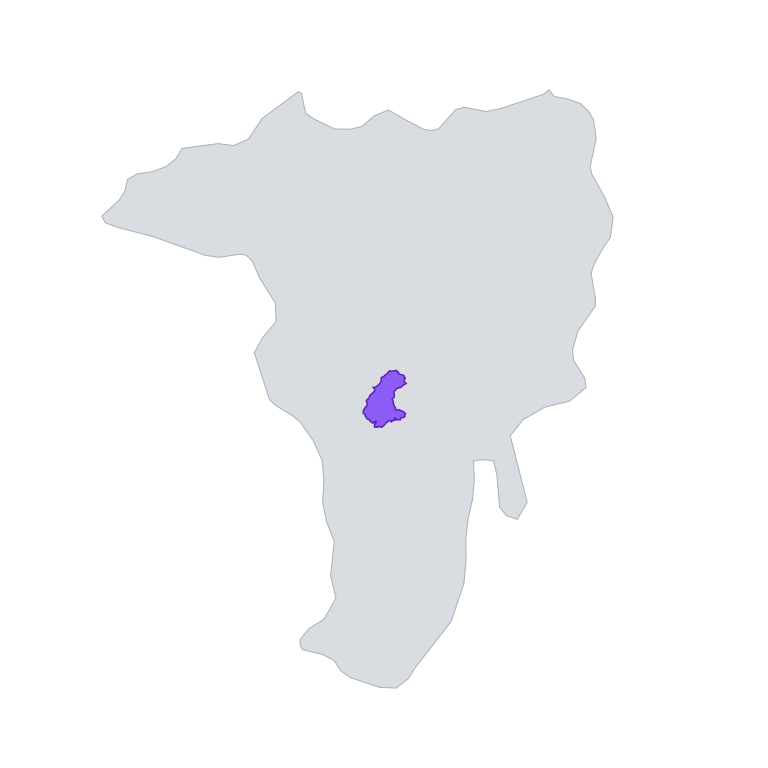 location of Yamasá, Monte Plata, Dominican Republic, rotated 81°
{"feature_id": "3306468B37411515289314", "entity_name": "Yamasá", "entity_type": "district", "adm_level": 2, "iso_a3": "DOM", "parent_name": "Dominican Republic", "parent_adm1": "Monte Plata", "projection": "equal_earth", "projection_center": [-70.05, 18.766], "detail": "fine", "context": "in_parent", "style": "filled", "palette": "violet", "viewbox_px": 768, "rotation_deg": 81, "n_neighbors": 0, "source": "geoboundaries", "source_scale": "gbopen_adm2", "svg_char_len": 6901}
<svg xmlns="http://www.w3.org/2000/svg" viewBox="0 0 768 768"><g transform="rotate(81 384 384)"><path d="M119.7,546.7L120.6,510.2L125.0,495.3L121.0,479.7L102.8,463.0L91.7,441.7L81.8,422.8L84.1,420.0L104.0,419.1L111.0,412.2L124.4,392.8L127.1,377.2L126.1,365.5L117.4,351.4L114.1,336.5L124.8,323.6L138.9,304.7L140.9,297.5L140.6,290.3L124.3,270.4L123.2,261.8L130.9,240.3L130.2,226.0L122.8,181.4L119.3,174.8L126.5,171.1L131.4,157.8L137.8,146.0L146.2,139.6L155.8,135.7L174.9,136.0L201.3,146.3L208.7,146.1L234.1,136.8L255.1,131.6L274.9,137.5L282.8,145.5L299.2,158.2L307.3,162.1L333.1,161.8L340.2,163.1L361.9,184.1L380.1,192.5L390.7,192.9L409.7,184.8L419.1,185.0L429.9,203.2L432.0,228.9L441.1,252.4L454.9,267.4L523.2,261.1L538.5,273.5L533.2,283.7L523.6,289.1L491.2,286.7L476.9,287.9L474.1,298.1L474.0,307.6L493.1,309.8L511.7,314.6L530.7,322.2L550.0,327.4L571.7,330.7L593.2,336.2L628.9,354.7L668.5,396.9L679.1,406.5L686.2,419.7L682.9,436.0L668.9,462.7L660.9,471.3L649.3,476.5L641.3,487.4L633.6,506.1L628.9,507.7L623.4,506.9L613.8,496.4L607.0,480.1L587.9,464.9L565.2,466.8L531.8,457.8L511.6,462.2L491.4,463.2L470.7,458.6L449.9,457.0L429.1,462.7L409.0,472.5L401.6,478.7L388.6,493.9L381.8,499.5L332.7,507.2L318.6,496.0L305.5,480.8L286.7,478.7L259.3,490.5L242.2,494.8L235.3,499.9L233.2,505.6L233.1,526.9L229.2,539.9L202.4,588.9L187.3,623.4L181.1,634.1L173.9,636.4L160.8,616.6L152.5,609.4L142.1,605.7L137.8,595.2L138.0,580.2L135.3,565.6L128.9,554.2L119.7,546.7Z" fill="#d9dde1" stroke="#a8b0b8" stroke-width="1"/><path d="M372.5,372.3L372.5,373.1L372.5,374.3L372.5,375.0L372.4,375.3L372.3,375.6L371.8,376.4L372.6,377.4L374.1,379.3L374.5,379.8L374.8,380.3L375.0,381.0L375.2,381.3L375.6,381.8L376.4,382.9L376.6,383.2L376.8,383.4L376.8,383.7L376.9,384.0L376.9,384.9L377.0,385.1L377.1,385.3L377.7,385.8L378.0,386.0L378.3,386.0L378.5,386.0L379.8,386.1L380.2,386.1L380.4,386.2L380.9,386.5L381.4,386.9L382.3,387.7L382.9,388.1L383.2,388.5L383.7,389.0L383.9,389.4L384.1,389.7L384.4,390.4L384.5,390.6L384.7,391.0L385.4,391.9L385.5,392.1L385.6,392.4L385.7,392.8L385.8,393.6L385.7,394.4L385.6,395.1L386.0,394.9L386.6,394.8L386.8,394.7L387.2,394.4L387.6,394.3L388.2,394.2L388.9,394.2L389.3,394.2L389.5,394.3L389.8,394.5L390.0,394.8L390.3,395.6L390.6,396.1L390.9,396.5L391.9,397.7L392.2,398.2L392.4,398.6L392.7,399.2L392.9,399.5L393.1,399.8L394.0,400.4L394.8,400.6L395.0,400.7L395.2,400.8L395.8,401.3L396.0,401.5L396.4,402.4L396.6,402.9L396.7,403.1L396.9,403.4L397.1,403.6L397.9,404.1L398.1,404.2L398.4,404.2L398.6,404.1L398.9,403.9L399.1,403.8L399.5,403.7L400.1,403.7L401.0,403.7L401.4,403.7L401.8,403.8L402.1,404.0L402.9,404.8L403.4,405.1L403.6,405.3L403.9,405.7L404.9,406.9L405.2,407.2L405.4,407.4L405.8,407.6L406.4,408.0L406.8,408.3L407.3,408.6L407.5,408.7L407.8,408.8L409.0,408.8L409.3,408.9L409.9,409.1L410.1,408.8L410.3,408.3L410.4,408.1L410.6,407.8L410.8,407.7L411.2,407.6L412.2,407.5L412.6,407.5L412.8,407.4L413.2,407.1L413.4,407.1L413.6,407.0L414.4,406.9L414.6,406.8L415.6,406.2L415.8,406.1L416.0,405.9L416.3,405.4L416.5,405.0L416.7,404.3L416.8,404.1L417.0,403.9L418.2,403.8L418.4,403.8L418.5,403.7L418.9,403.4L419.0,403.2L419.3,402.6L419.5,402.3L419.7,402.2L419.8,402.1L420.3,401.9L420.6,401.6L420.8,401.2L420.9,400.8L420.8,400.6L420.7,400.2L419.9,399.2L419.7,399.0L419.7,398.8L419.6,398.7L419.6,398.4L419.6,398.1L419.6,397.9L419.8,397.7L420.1,397.5L420.3,397.5L420.5,397.8L420.7,398.2L420.8,398.4L421.0,398.5L421.5,398.5L421.6,398.4L421.8,398.5L422.1,399.2L422.3,399.4L422.5,399.5L423.1,399.6L423.3,399.7L423.6,400.0L423.8,400.1L424.1,400.2L424.3,400.2L424.5,400.1L424.8,400.1L424.9,399.9L425.4,399.2L425.3,398.9L425.1,398.4L425.1,398.2L425.2,397.9L425.3,397.8L425.3,397.7L425.6,397.6L425.8,397.4L425.8,397.2L425.7,396.8L425.3,396.1L425.2,395.9L425.1,395.6L425.1,395.3L425.2,395.0L425.3,394.8L425.5,394.4L426.0,393.9L426.2,393.5L426.3,393.3L426.3,393.2L426.3,392.9L426.0,392.4L425.8,391.9L425.3,391.0L424.9,390.6L424.8,390.4L424.6,390.2L424.3,389.7L423.9,389.3L423.8,389.1L423.4,388.5L423.2,388.4L422.7,388.1L422.2,387.1L422.1,386.8L422.0,386.3L421.9,386.1L421.7,385.9L421.3,385.6L421.2,385.5L421.1,385.3L421.0,384.9L421.0,384.3L421.1,383.8L421.1,383.6L421.3,383.4L421.6,383.3L422.1,383.2L422.3,383.2L422.5,382.7L422.5,382.4L422.4,382.2L422.2,382.1L421.8,381.9L421.7,381.8L421.7,381.7L421.6,381.3L421.6,380.9L421.6,379.6L421.5,379.4L421.5,379.2L421.4,379.1L421.1,379.0L420.9,379.1L420.6,379.3L420.4,379.4L420.2,379.5L419.8,379.4L419.7,379.3L419.6,379.2L419.5,378.9L419.5,378.6L419.6,378.2L419.6,377.9L419.8,377.7L420.1,377.6L420.9,377.6L421.1,377.6L421.3,377.5L421.4,377.4L421.5,377.1L421.5,376.7L421.5,376.4L421.3,375.9L421.3,375.6L421.4,375.4L421.6,374.7L421.9,374.0L421.9,373.8L421.9,373.7L421.8,373.4L421.7,373.4L421.4,373.2L420.9,373.2L420.6,373.1L420.4,373.0L420.3,372.8L420.2,372.7L420.1,372.4L420.1,372.1L420.1,371.6L420.1,370.2L420.0,369.7L419.9,369.3L419.7,369.1L419.6,368.9L419.3,368.6L419.2,368.5L418.9,368.5L418.6,368.7L418.3,368.7L418.1,368.6L417.9,368.5L417.7,368.3L417.5,367.8L416.9,367.3L416.5,367.7L416.2,368.0L415.4,368.3L415.2,368.3L414.9,368.6L414.6,368.9L414.3,369.3L413.8,370.0L413.5,370.4L413.3,370.7L413.1,371.3L413.0,371.5L412.8,371.8L412.1,372.8L411.9,373.0L411.8,373.5L411.7,373.8L411.7,375.0L411.7,375.5L411.6,375.8L411.5,376.0L411.3,376.5L411.1,376.7L411.0,376.8L410.9,376.8L410.7,376.8L410.2,376.5L410.0,376.4L409.8,376.4L409.5,376.6L409.3,376.6L408.8,376.5L408.6,376.6L407.9,377.0L407.3,377.4L407.0,377.5L406.7,377.5L405.5,377.5L405.1,377.6L404.9,377.6L404.3,378.0L404.0,378.1L403.8,378.0L403.5,378.0L403.3,377.9L403.1,377.7L402.9,377.6L402.5,377.6L402.3,377.7L401.9,378.0L401.1,378.4L400.9,378.5L400.8,378.4L400.7,378.4L400.2,378.1L399.9,377.9L399.8,377.7L399.6,377.5L399.4,376.9L399.3,376.7L399.0,376.4L398.8,376.3L398.2,376.1L397.5,375.7L397.1,375.6L396.4,375.5L394.5,375.5L394.1,375.5L393.9,375.5L393.6,375.4L393.4,375.3L392.7,374.8L392.5,374.6L392.3,374.3L392.0,373.7L391.8,373.4L391.6,373.1L391.2,372.9L390.9,372.6L390.6,372.3L390.4,372.0L390.3,371.7L390.2,371.4L390.3,371.2L390.4,370.6L390.4,370.4L390.2,370.1L389.9,369.8L389.9,369.7L389.8,369.4L389.8,369.1L390.0,368.7L390.1,368.2L390.0,367.9L389.9,367.7L389.7,367.4L388.7,366.1L388.5,365.8L388.3,365.6L388.2,365.3L388.1,364.9L387.8,364.2L387.6,363.5L386.9,362.0L386.3,362.4L385.4,363.3L385.2,363.5L384.8,363.6L384.4,363.5L384.2,363.4L383.8,363.2L383.6,363.1L383.3,363.1L382.9,363.3L382.7,363.3L382.5,363.1L382.4,363.0L381.7,362.2L381.4,362.0L381.2,362.0L380.8,362.6L380.7,362.7L380.5,362.8L380.2,362.9L379.3,362.9L378.9,363.0L378.7,363.2L378.5,363.4L378.3,363.7L378.1,363.9L378.0,364.2L377.8,364.7L377.5,365.3L377.3,366.1L377.1,366.4L376.6,367.2L376.4,367.6L376.2,367.8L375.9,368.1L375.4,368.5L375.0,367.9L374.6,368.0L374.4,368.1L374.2,368.2L373.9,368.5L373.6,368.7L373.3,368.9L372.9,369.3L372.7,369.5L372.6,369.8L372.5,370.3L372.5,370.7L372.5,371.4L372.5,372.3Z" fill="#8b5cf6" stroke="#5b21b6" stroke-width="1.5"/></g></svg>